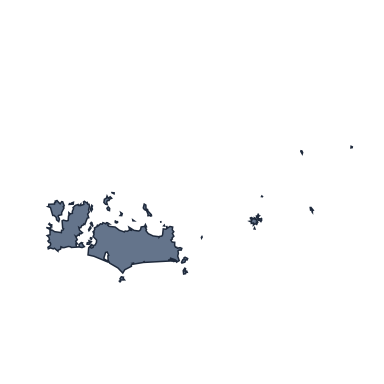 outline of Flinders (Tas.), Tasmania, Australia, rotated 125°
{"feature_id": "25037944B15550630319657", "entity_name": "Flinders (Tas.)", "entity_type": "district", "adm_level": 2, "iso_a3": "AUS", "parent_name": "Australia", "parent_adm1": "Tasmania", "projection": "orthographic", "projection_center": [148.029, -39.899], "detail": "fine", "context": "isolated", "style": "filled", "palette": "slate", "viewbox_px": 384, "rotation_deg": 125, "n_neighbors": 0, "source": "geoboundaries", "source_scale": "gbopen_adm2", "svg_char_len": 6169}
<svg xmlns="http://www.w3.org/2000/svg" viewBox="0 0 384 384"><g transform="rotate(125 192 192)"><path d="M234.3,186.5L231.8,187.7L232.9,190.3L237.5,192.1L238.7,194.4L244.0,191.5L245.6,191.5L246.7,192.9L247.9,193.0L247.5,193.3L250.3,198.6L251.2,203.9L250.1,207.6L248.7,207.8L248.0,209.7L246.7,209.2L245.4,211.5L247.3,211.1L249.8,213.6L252.5,212.5L254.5,213.2L256.7,217.5L257.0,223.5L258.3,221.8L257.2,220.8L258.2,219.7L259.0,221.5L261.3,222.4L262.3,224.4L263.5,224.5L265.0,229.5L264.8,234.9L267.7,240.2L267.5,242.0L266.2,242.3L265.6,241.4L265.7,243.7L266.2,244.5L267.5,244.3L268.2,247.4L269.9,247.2L270.6,248.8L272.7,249.1L273.4,250.5L273.8,250.5L274.1,249.5L274.6,249.2L274.1,249.6L277.4,251.3L278.4,250.2L280.7,250.0L280.9,249.8L281.0,249.3L281.3,249.1L281.5,249.9L283.0,247.9L285.1,247.5L286.1,242.6L288.2,241.3L291.1,241.0L292.1,241.9L294.1,241.2L295.7,242.3L295.6,244.5L297.0,244.6L303.2,241.1L300.9,235.5L297.6,220.6L296.9,220.6L297.2,225.6L296.6,226.3L291.1,228.1L289.8,227.0L291.6,223.9L292.6,224.3L295.8,221.7L295.3,222.3L295.4,222.2L296.4,220.9L297.5,218.6L296.7,209.1L298.1,202.2L294.3,202.5L287.6,199.0L286.8,199.8L284.5,199.4L284.2,200.1L284.2,199.6L283.6,199.0L283.5,198.6L284.3,199.5L284.2,198.7L285.3,199.2L277.8,191.6L276.9,191.5L275.8,191.0L277.6,191.4L260.8,170.0L257.8,164.8L258.0,166.6L258.4,166.5L258.6,166.6L258.0,166.8L261.5,172.6L258.6,169.4L259.1,171.4L258.5,171.6L257.2,167.1L257.2,165.1L258.1,164.3L255.5,163.1L252.7,167.0L250.0,168.0L248.4,169.7L247.0,169.3L245.8,167.5L244.0,168.0L244.4,169.9L246.5,171.8L246.0,172.8L246.7,173.8L245.8,175.5L243.1,177.3L244.4,179.5L243.5,181.8L241.8,181.1L241.1,182.0L238.6,181.5L237.3,184.3L235.0,184.1L234.3,186.5ZM264.2,273.5L266.8,275.3L265.6,276.2L267.8,276.5L268.2,277.3L267.5,278.1L269.9,279.9L273.1,280.5L273.7,279.4L276.4,279.0L278.1,277.7L279.8,279.4L279.6,281.0L280.9,280.0L279.9,279.1L282.5,279.4L286.4,277.1L287.7,278.2L288.8,281.2L290.1,281.9L295.8,277.2L295.8,276.0L297.3,275.9L298.2,276.9L300.2,275.7L303.3,281.8L303.4,284.6L305.1,286.2L308.4,283.7L310.8,285.7L311.2,283.1L312.8,281.4L314.8,281.9L315.4,279.9L314.7,279.2L315.6,277.9L317.2,277.3L319.9,278.3L321.0,277.1L319.0,275.8L318.2,273.0L317.0,272.4L317.4,267.8L316.5,268.3L314.1,266.9L312.0,268.0L311.8,267.2L312.4,267.0L310.9,264.8L307.6,262.1L306.5,260.1L306.7,259.1L302.7,254.1L302.8,255.5L301.1,257.4L300.0,257.4L299.0,259.0L296.9,258.6L295.0,262.0L295.0,261.2L292.5,260.6L292.2,259.5L290.5,260.4L290.0,259.0L288.2,258.3L287.8,262.2L285.9,264.4L285.9,263.5L284.9,262.6L282.8,263.1L281.8,262.2L280.2,262.3L280.1,261.2L273.5,262.8L272.3,261.8L270.0,264.8L267.3,264.7L266.0,266.5L262.8,267.6L261.1,269.3L261.7,270.5L260.6,271.8L261.4,272.4L261.3,274.8L262.3,275.2L264.2,273.5ZM276.6,288.7L274.2,292.3L274.6,293.2L277.3,293.2L277.1,294.6L276.6,294.5L277.1,294.9L276.4,297.7L278.0,298.8L278.6,297.8L279.7,298.4L280.7,297.7L284.2,302.3L285.8,301.2L286.6,301.7L285.9,299.1L291.1,292.6L290.3,291.4L290.7,288.7L292.5,286.9L292.7,284.2L290.2,285.0L288.6,287.8L287.8,287.9L285.4,285.7L283.6,287.0L278.5,287.7L278.0,289.0L276.6,288.7ZM178.6,125.8L178.9,128.8L179.8,129.3L180.4,128.6L180.3,126.9L181.6,126.7L182.9,128.0L182.6,126.1L183.7,125.4L182.2,123.9L184.0,122.7L181.8,122.2L181.5,120.4L180.4,120.6L179.9,121.8L179.1,120.9L177.7,123.4L178.1,124.2L177.0,124.6L177.3,126.0L177.9,125.3L178.6,125.8ZM243.2,254.2L242.8,256.3L245.2,257.0L244.0,259.3L246.2,258.6L248.2,259.6L251.1,258.2L251.6,255.8L250.9,254.1L249.3,256.1L247.5,256.4L246.6,255.1L245.2,255.4L243.2,254.2ZM235.4,211.9L234.7,211.5L233.9,212.3L232.9,217.1L231.8,218.4L232.3,219.9L229.2,222.3L229.3,224.2L233.0,222.8L233.7,220.9L233.3,218.6L235.4,215.3L236.7,214.5L235.3,212.8L235.4,211.9ZM298.5,248.8L297.4,252.5L296.5,252.5L296.9,253.7L299.8,254.4L301.3,253.2L301.6,253.2L301.9,253.5L302.0,253.5L300.6,250.2L298.5,248.8ZM249.0,157.4L249.4,160.3L250.7,160.8L251.8,159.8L252.6,160.7L255.6,160.3L256.0,159.5L253.6,157.6L251.1,158.2L250.4,157.0L249.0,157.4ZM173.2,123.9L171.7,125.3L174.0,124.5L174.7,125.4L175.9,124.1L175.8,122.5L176.5,122.4L176.0,121.5L177.1,121.2L176.4,120.0L176.7,118.6L174.9,118.8L174.7,120.0L173.2,119.7L174.7,120.4L175.7,122.5L174.3,123.6L172.9,123.2L173.2,123.9ZM258.5,153.3L258.5,154.2L261.5,154.1L264.0,151.8L262.6,150.4L261.1,151.0L260.5,149.9L259.8,151.0L260.8,152.4L258.5,153.3ZM301.1,199.3L302.0,201.3L304.4,201.2L305.0,200.0L302.7,196.9L302.1,199.0L301.1,199.3ZM291.6,247.3L293.8,248.7L295.0,248.0L293.8,246.2L290.3,246.0L291.0,248.3L291.6,247.3ZM252.2,252.1L254.1,252.4L255.1,250.8L254.6,248.9L252.7,250.0L252.2,252.1ZM265.5,263.5L263.2,263.7L261.8,265.4L260.6,265.5L260.4,266.5L264.5,265.3L265.5,263.5ZM304.2,287.1L303.2,286.5L302.3,287.6L303.4,288.2L304.6,291.0L304.2,287.1ZM137.4,82.2L136.4,85.7L136.9,86.3L138.8,84.5L138.0,83.9L138.5,82.9L137.4,82.2ZM270.3,284.5L271.3,284.2L271.8,285.7L272.6,285.5L270.1,282.3L268.4,283.2L270.3,284.5ZM278.8,255.4L282.2,255.1L282.8,254.2L279.7,254.0L278.8,255.4ZM301.0,287.0L299.3,288.1L300.0,289.2L299.4,290.7L300.5,290.9L301.0,287.0ZM275.8,254.9L274.5,256.5L274.6,257.1L276.1,257.2L276.7,255.1L275.8,254.9ZM251.7,236.0L249.7,236.7L249.7,238.6L250.8,237.2L252.5,237.4L251.7,236.0ZM95.3,125.6L95.7,126.4L96.4,126.1L97.6,123.5L96.2,124.0L95.3,125.6ZM259.4,238.6L261.0,237.3L260.6,236.0L259.6,235.5L259.0,236.0L259.9,237.5L259.4,238.6ZM238.2,254.8L236.8,255.5L237.6,255.5L238.6,257.9L238.2,254.8ZM63.8,86.2L63.0,86.6L63.3,87.9L64.7,87.1L63.8,86.2ZM292.5,244.1L293.7,244.5L294.5,244.1L293.8,243.1L292.7,243.2L292.5,244.1ZM287.1,247.6L287.6,248.9L288.7,248.4L288.4,247.3L287.1,247.6ZM249.5,223.9L248.8,222.8L248.8,224.6L249.5,223.9ZM306.9,199.4L305.9,199.3L305.5,199.9L306.7,200.4L306.9,199.4ZM222.8,158.3L223.8,158.3L224.3,157.7L223.1,157.8L222.8,158.3ZM234.4,193.3L235.3,192.6L234.9,192.4L234.4,193.3ZM186.2,119.2L185.5,120.2L186.6,120.0L186.2,119.2ZM236.0,195.8L235.6,194.9L235.0,195.7L236.0,195.8ZM139.1,82.1L139.2,82.9L139.6,81.7L139.1,82.1ZM235.1,199.9L234.2,200.4L233.8,201.0L235.1,199.9ZM155.2,132.5L155.9,132.4L155.5,131.6L155.3,131.6L155.2,132.5ZM300.2,256.0L300.0,256.6L300.8,256.5L300.2,256.0ZM276.6,253.8L276.0,254.4L276.9,253.9L276.6,253.8Z" fill="#64748b" stroke="#1e293b" stroke-width="1.5"/></g></svg>